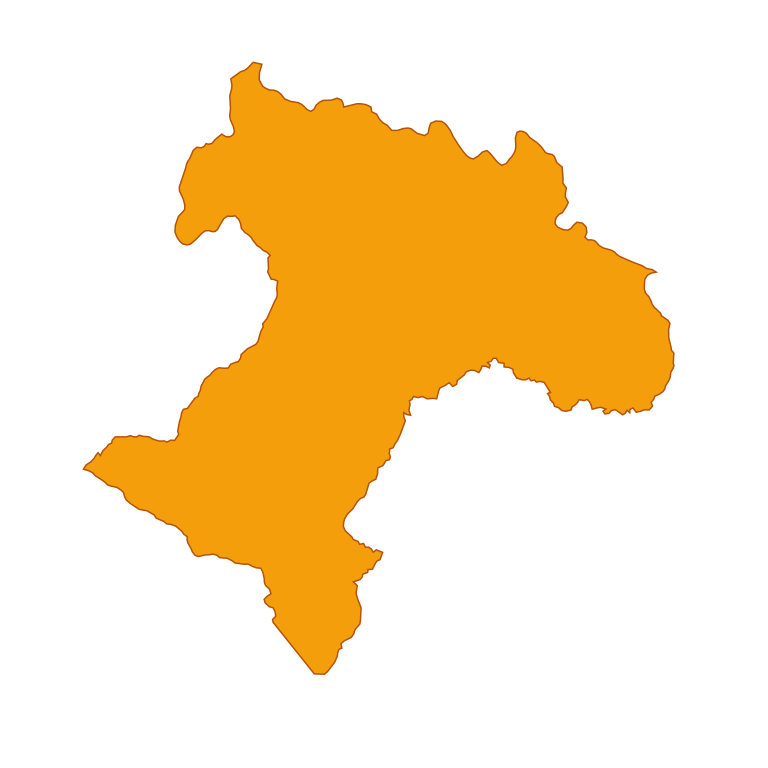 Cocalzinho de Goiás, Goiás, Brazil (Albers equal-area conic projection), rotated 99°
{"feature_id": "56859067B84451242980158", "entity_name": "Cocalzinho de Goiás", "entity_type": "district", "adm_level": 2, "iso_a3": "BRA", "parent_name": "Brazil", "parent_adm1": "Goiás", "projection": "albers", "projection_center": [-48.592, -15.636], "detail": "fine", "context": "isolated", "style": "filled", "palette": "amber", "viewbox_px": 768, "rotation_deg": 99, "n_neighbors": 0, "source": "geoboundaries", "source_scale": "gbopen_adm2", "svg_char_len": 6164}
<svg xmlns="http://www.w3.org/2000/svg" viewBox="0 0 768 768"><g transform="rotate(99 384 384)"><path d="M681.2,407.5L679.9,397.3L676.6,394.6L666.3,389.1L660.2,387.6L656.2,387.6L653.2,387.0L651.4,384.3L647.2,385.9L643.9,383.1L639.4,376.7L635.5,374.8L631.0,374.2L624.9,370.3L621.2,370.3L608.7,371.6L599.9,376.7L595.3,378.8L587.3,378.9L584.2,383.4L581.1,377.3L578.7,375.5L575.1,375.1L572.7,370.7L569.7,370.7L568.8,366.4L563.7,364.9L560.1,363.4L558.0,360.4L550.5,359.0L549.0,365.7L551.8,368.3L548.9,370.8L547.5,373.7L548.2,376.8L544.7,379.2L546.2,383.0L543.4,385.1L542.4,390.0L539.9,392.0L534.9,399.5L530.9,401.9L526.2,402.2L523.0,401.7L518.0,399.6L512.4,395.4L504.3,391.9L500.8,389.4L498.6,385.9L495.3,384.7L484.2,383.3L481.4,380.3L479.4,377.2L473.4,376.3L467.8,377.0L464.8,372.3L459.3,370.0L457.9,366.8L454.9,366.3L452.2,367.8L447.3,368.2L445.5,365.0L441.5,363.8L437.8,361.9L431.0,360.0L417.0,357.2L413.0,359.4L409.2,360.0L410.6,356.7L410.7,352.9L405.9,355.3L400.4,355.1L396.6,356.2L394.8,354.0L391.7,353.0L392.1,348.4L390.4,343.8L391.9,339.0L390.5,333.5L390.4,329.7L383.0,329.0L379.2,328.2L376.1,323.6L372.5,319.8L375.7,315.7L372.9,312.2L369.1,312.2L362.7,306.3L359.2,304.7L356.8,300.7L356.5,296.4L357.9,292.1L354.3,290.6L350.9,290.0L350.5,286.3L351.6,282.5L348.7,282.1L346.7,285.1L344.8,281.8L341.6,280.2L341.0,277.2L344.9,274.1L344.8,268.6L348.4,268.1L348.0,263.4L349.3,259.0L352.5,258.0L357.4,253.8L358.2,247.7L357.6,244.6L355.4,241.6L357.9,239.4L356.5,236.1L358.3,233.8L357.1,230.6L357.3,226.1L366.3,218.3L367.8,221.0L369.9,218.9L373.7,217.1L376.4,213.6L379.4,212.1L380.0,208.2L382.4,204.2L382.5,200.2L380.4,195.1L377.2,194.6L374.5,191.7L371.9,190.0L369.0,188.7L369.0,183.6L367.5,180.8L369.3,178.4L372.0,176.4L376.4,174.4L374.5,170.4L373.1,166.3L374.0,161.0L376.6,163.4L379.0,161.2L377.8,157.3L374.7,155.2L373.1,151.6L377.1,143.4L375.1,141.0L371.9,139.9L373.9,136.8L370.7,137.1L368.7,134.4L372.4,130.4L370.8,126.3L368.8,122.9L368.0,117.8L363.8,115.3L360.3,117.2L356.9,115.2L353.7,114.6L351.1,110.6L348.3,107.6L345.5,106.0L342.1,105.7L335.9,103.2L332.7,102.4L327.1,102.5L323.6,101.0L320.7,100.5L318.0,101.6L308.3,102.5L305.6,105.4L302.8,106.2L293.8,110.0L285.8,111.4L279.4,111.1L276.7,113.5L273.3,120.5L270.7,122.0L266.1,128.9L263.3,131.6L259.9,133.5L256.5,135.9L253.1,140.1L249.4,141.7L245.9,142.3L239.7,142.8L235.2,140.7L232.6,137.2L230.9,132.6L229.1,136.9L228.8,142.9L226.9,147.2L224.7,157.5L221.2,171.1L219.5,174.5L217.7,176.7L216.3,180.3L215.3,188.9L213.6,193.2L210.8,196.3L209.4,198.8L209.2,201.8L209.8,205.2L207.5,208.6L202.4,207.3L197.2,209.0L194.1,213.2L194.0,218.7L196.9,221.2L201.0,223.6L203.3,226.5L203.5,231.3L202.0,236.9L199.1,240.1L195.5,240.4L192.1,239.6L189.0,237.6L186.9,234.6L179.9,231.5L175.8,230.4L170.7,234.2L166.7,234.7L161.9,234.5L157.7,238.7L153.1,239.3L141.8,242.0L138.3,248.0L132.6,251.3L131.0,253.9L130.9,257.5L130.3,260.5L125.5,265.4L123.6,267.9L121.7,270.7L117.7,278.7L114.0,282.7L112.9,286.1L112.9,289.3L114.7,292.0L120.3,292.7L129.1,290.9L132.5,290.9L135.7,291.7L139.4,293.3L142.2,295.2L147.1,297.7L149.6,302.1L147.0,306.9L139.6,315.2L137.3,318.9L139.6,323.2L144.1,326.6L147.8,331.0L147.3,334.5L145.3,338.4L142.1,342.1L136.1,348.0L128.7,354.5L123.3,358.1L119.3,362.0L117.1,364.8L115.6,368.2L116.2,374.1L119.2,378.7L122.9,379.4L129.5,379.7L132.3,382.9L131.2,390.6L127.7,397.1L127.4,400.3L128.7,405.1L131.4,410.2L132.3,416.0L128.0,421.3L126.0,426.2L123.0,430.2L118.6,433.5L117.0,438.8L112.5,440.2L110.9,445.4L110.8,450.1L111.4,454.5L116.7,467.1L113.6,468.2L110.2,470.4L109.0,474.9L111.9,480.4L113.4,488.5L115.7,491.7L119.3,494.7L123.5,496.0L126.2,498.9L125.0,502.8L120.8,508.8L119.5,512.8L119.5,520.7L117.9,526.9L113.9,531.0L111.8,534.7L111.0,538.9L111.6,542.9L110.4,547.2L108.9,550.4L103.0,554.9L96.0,555.7L87.3,554.6L86.8,563.6L93.3,568.0L95.8,570.4L98.1,574.6L106.5,583.0L112.9,580.9L116.2,580.7L123.5,581.4L136.0,578.7L143.5,578.3L147.2,577.0L153.2,573.1L158.2,571.2L161.4,572.1L164.0,574.8L164.5,578.8L162.6,583.4L169.2,589.2L173.3,591.5L174.5,594.4L174.5,597.4L177.3,598.7L179.3,601.4L179.5,605.9L183.3,609.1L191.4,611.0L195.0,612.7L197.8,613.4L201.8,613.7L221.5,617.0L225.3,616.2L232.9,611.1L238.6,608.7L243.0,608.2L246.5,610.3L250.7,613.3L260.0,614.9L266.7,614.2L271.0,611.6L273.3,609.7L275.7,607.1L277.2,604.5L277.4,600.2L276.1,597.0L270.7,592.4L263.4,587.3L260.7,584.5L259.9,580.7L260.4,577.4L259.7,574.5L257.5,572.7L245.8,568.2L242.8,565.0L242.3,561.0L241.2,557.2L244.2,553.2L247.8,550.8L252.5,549.3L256.1,545.1L258.1,540.8L259.9,538.3L262.5,536.1L267.3,530.8L268.5,527.7L270.8,524.5L272.2,520.1L274.9,516.5L277.6,518.3L288.4,516.1L291.4,516.5L298.1,511.9L298.0,509.0L298.9,505.2L306.5,504.9L312.1,503.4L315.5,503.5L319.6,505.0L337.7,509.8L343.5,513.2L346.6,512.3L351.7,514.0L361.6,515.1L364.9,516.8L370.4,524.2L377.2,529.7L380.6,529.7L384.7,531.3L385.9,534.2L388.5,538.5L392.6,540.4L393.4,544.0L393.8,549.6L396.2,553.0L400.0,555.9L402.8,557.4L404.6,559.5L407.1,561.7L414.8,564.3L419.4,564.5L422.4,565.5L425.3,565.7L427.8,568.7L438.8,574.3L440.4,578.2L444.2,579.4L448.8,579.4L452.5,580.1L462.9,580.4L466.0,578.9L472.5,582.0L472.8,585.9L475.4,589.2L474.6,592.2L475.5,596.5L475.0,601.0L474.4,604.2L472.9,607.9L473.4,613.7L472.9,617.7L475.1,620.2L475.3,623.5L474.7,626.6L476.6,630.2L478.2,641.1L481.9,643.6L485.0,643.8L486.8,646.5L489.6,648.0L493.9,651.2L499.1,652.9L496.6,655.7L499.5,657.4L502.6,658.6L506.9,661.5L510.5,665.5L515.2,667.5L515.8,662.4L517.1,658.2L519.8,654.7L523.0,647.4L524.6,644.3L526.9,641.1L527.6,637.2L527.9,631.7L530.0,626.9L531.9,624.3L536.0,622.5L538.9,620.3L541.6,616.1L546.1,606.2L546.3,597.9L547.9,594.4L549.2,590.5L552.2,588.0L554.2,579.8L556.1,577.0L556.0,572.7L556.9,567.5L561.0,560.8L563.8,558.1L565.5,554.5L568.6,554.1L571.7,552.9L576.6,548.9L579.9,546.9L582.7,543.9L583.5,540.5L580.7,533.6L580.2,530.4L578.7,526.4L579.3,522.1L581.2,519.2L580.6,511.7L582.3,506.5L584.1,503.1L583.9,494.1L583.1,489.9L584.7,485.3L585.5,481.5L585.3,476.7L589.2,474.1L595.1,471.8L598.4,471.2L601.5,469.5L604.6,465.0L608.9,462.8L612.1,466.4L615.5,468.7L618.8,467.1L622.0,462.3L622.3,458.6L625.8,456.0L630.4,454.6L634.0,457.2L636.8,456.2L681.2,407.5Z" fill="#f59e0b" stroke="#b45309" stroke-width="1.5"/></g></svg>